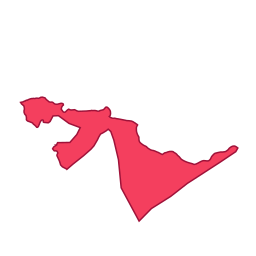 outline of Derniere Riviere, Dennery, Saint Lucia, rotated 145°
{"feature_id": "8701671B84632828581630", "entity_name": "Derniere Riviere", "entity_type": "district", "adm_level": 2, "iso_a3": "LCA", "parent_name": "Saint Lucia", "parent_adm1": "Dennery", "projection": "albers", "projection_center": [-60.925, 13.955], "detail": "fine", "context": "isolated", "style": "filled", "palette": "rose", "viewbox_px": 256, "rotation_deg": 145, "n_neighbors": 0, "source": "geoboundaries", "source_scale": "gbopen_adm2", "svg_char_len": 5229}
<svg xmlns="http://www.w3.org/2000/svg" viewBox="0 0 256 256"><g transform="rotate(145 128 128)"><path d="M49.5,48.6L50.0,50.2L50.6,51.5L51.3,52.3L52.5,53.0L53.2,53.2L54.3,53.4L55.4,53.4L56.8,53.3L58.3,52.8L59.7,52.7L60.6,52.7L61.1,52.7L62.0,52.9L64.2,54.0L65.9,55.2L67.7,56.0L69.4,56.7L70.2,56.9L70.9,57.3L71.5,57.4L72.4,57.4L73.5,57.2L74.9,56.9L76.1,56.5L77.5,55.7L78.7,55.1L79.3,55.0L80.5,54.9L81.0,55.0L81.4,55.3L82.1,55.6L82.7,56.2L83.4,56.8L84.6,57.8L85.4,58.2L86.7,58.6L87.9,58.8L90.7,59.1L93.0,59.5L94.3,60.0L95.0,60.5L95.4,61.3L96.4,62.6L97.6,64.0L99.3,66.2L100.6,68.3L101.5,70.0L102.3,71.9L102.3,72.4L102.4,73.1L102.5,74.8L102.8,76.2L103.1,77.0L103.1,77.6L103.2,78.8L103.5,79.8L104.0,81.0L104.6,82.3L104.6,82.7L104.8,82.9L105.3,83.5L106.6,84.4L107.5,85.0L108.5,85.3L109.2,85.6L110.6,85.9L111.7,86.4L112.2,86.6L114.9,86.6L115.2,86.7L115.4,87.1L115.6,87.5L116.4,89.0L117.2,90.6L118.1,91.9L119.1,93.6L120.3,95.2L120.9,95.7L122.0,97.1L122.7,98.7L123.4,100.5L123.6,102.1L124.1,103.2L124.6,103.9L125.3,105.4L125.6,106.2L126.1,107.7L126.4,108.9L126.5,109.8L126.2,111.2L125.4,112.7L124.5,114.0L124.3,114.4L124.2,115.3L124.1,116.6L123.7,118.3L123.3,119.6L122.8,120.7L122.1,121.8L121.0,123.4L120.2,124.1L118.7,124.9L118.4,125.0L118.6,126.0L119.0,126.9L119.4,128.2L119.8,129.0L120.3,130.3L121.2,131.7L122.5,132.9L123.4,133.7L124.3,134.4L125.0,135.0L125.6,135.7L127.6,137.8L130.9,141.2L131.6,141.8L132.0,142.2L132.5,142.8L133.3,143.7L134.2,144.2L135.3,145.1L136.2,146.5L136.6,147.5L136.7,148.2L136.3,148.2L135.1,148.7L134.1,149.7L133.1,151.3L132.8,152.0L132.6,152.9L132.6,154.4L132.7,155.6L132.9,156.1L133.1,156.7L133.1,156.9L133.3,157.2L133.5,157.4L134.0,157.7L134.4,157.8L134.9,157.7L136.7,157.2L138.1,157.2L138.2,157.3L139.5,157.8L140.8,158.3L142.0,158.4L142.3,158.6L143.1,159.1L143.4,159.5L144.5,160.8L145.6,161.7L146.9,162.5L147.9,163.4L148.4,163.5L150.1,164.5L152.4,165.8L153.9,166.8L156.1,168.2L157.6,169.2L159.0,170.1L159.7,170.9L160.0,171.4L160.1,171.5L160.4,172.1L161.2,173.6L162.1,174.1L163.5,174.9L164.3,175.4L165.1,176.2L165.2,176.5L165.5,177.0L165.7,177.3L166.0,177.5L166.3,177.5L167.1,177.5L168.0,177.4L169.2,177.2L169.8,177.1L170.3,177.1L170.8,177.3L171.2,177.5L171.5,177.8L171.7,178.1L171.8,178.4L171.8,178.8L171.9,179.2L171.8,179.9L171.8,180.5L172.0,180.9L172.0,181.4L171.9,181.6L171.3,182.3L171.0,182.5L170.7,182.8L170.0,183.3L169.9,183.4L169.5,183.5L168.8,183.8L168.1,183.8L167.7,183.9L167.6,184.1L167.4,184.6L167.3,184.9L167.4,185.3L168.0,186.1L168.6,186.6L169.5,187.0L170.4,187.3L171.5,187.7L171.9,187.8L172.3,188.1L173.0,188.5L173.6,189.0L173.9,189.3L174.3,190.0L174.6,190.7L174.6,191.1L174.7,191.4L174.9,192.1L175.1,192.4L175.3,192.7L175.6,193.0L176.0,193.2L176.4,193.4L176.8,193.7L177.2,194.2L177.7,194.8L177.8,195.2L177.9,195.6L178.0,196.1L178.1,196.4L178.1,196.7L178.5,197.6L178.6,198.0L178.6,198.3L178.6,198.6L178.7,199.3L178.7,200.3L179.0,200.7L179.4,201.1L179.7,201.5L180.0,201.9L180.2,202.2L180.5,202.4L181.0,202.7L181.8,203.2L182.1,203.2L183.1,203.3L183.5,203.4L183.9,203.5L184.1,203.5L184.5,203.8L184.9,204.2L185.6,204.8L185.8,204.9L186.2,205.2L186.6,205.3L186.9,205.4L187.3,205.5L187.6,205.7L188.0,206.1L188.6,206.6L189.3,206.9L189.5,207.0L190.0,207.4L190.6,207.6L191.3,207.9L192.5,208.2L193.3,208.4L193.8,208.5L194.1,208.5L194.6,208.5L194.8,208.6L195.1,208.9L195.2,209.0L195.4,209.1L196.2,209.1L196.8,209.1L197.2,209.4L197.6,209.4L197.7,209.5L198.2,209.5L198.8,209.6L199.2,209.7L199.5,209.8L200.0,210.0L200.3,210.2L201.3,210.6L201.3,209.8L201.3,209.3L201.4,209.0L201.3,208.5L201.0,207.5L201.0,207.1L200.8,206.6L200.7,206.4L200.7,206.1L200.7,205.6L200.8,205.5L200.9,205.1L201.1,204.6L201.4,204.1L201.6,203.6L202.0,202.9L202.2,202.7L202.7,202.3L203.1,202.0L203.2,201.8L203.4,201.5L203.6,201.3L203.8,201.0L204.1,200.6L204.3,199.8L204.6,199.0L204.6,198.5L204.6,198.0L204.6,197.9L204.4,197.3L204.4,196.9L204.5,196.5L204.6,196.1L204.8,195.8L205.1,195.2L205.2,194.8L205.5,194.4L205.7,194.1L206.3,193.4L206.3,193.2L206.5,192.8L206.5,192.4L206.4,192.0L206.4,191.9L206.3,191.6L206.1,191.1L205.9,190.7L205.5,190.3L205.3,190.0L204.7,189.1L203.6,187.4L203.3,186.8L203.3,185.7L203.1,184.8L202.9,184.5L202.8,184.0L202.5,182.4L202.4,181.7L202.4,181.1L202.3,180.9L201.8,180.5L201.2,180.5L200.5,180.7L200.3,180.8L199.8,181.1L199.1,181.6L198.5,181.9L197.9,182.4L197.4,182.7L197.1,182.9L196.2,183.4L194.9,183.9L194.7,184.0L193.8,183.8L193.4,183.6L193.2,183.3L193.0,182.9L193.1,182.6L193.4,182.3L193.9,181.7L193.9,181.4L193.8,181.0L193.7,180.9L193.3,180.5L192.1,179.5L190.5,178.1L190.0,177.9L189.6,177.9L188.4,178.2L188.1,178.0L182.5,180.9L177.9,178.0L173.7,165.6L166.9,155.7L173.7,152.0L183.9,149.5L194.1,156.4L194.5,156.1L196.4,155.2L196.6,155.3L196.5,155.1L199.6,155.1L200.7,154.7L201.7,154.2L201.6,152.2L201.5,151.6L200.1,150.6L199.5,149.6L199.5,149.2L199.6,148.8L199.8,147.8L201.5,146.8L201.9,146.3L202.1,146.0L202.2,145.2L202.9,141.4L203.1,140.4L204.0,137.5L204.4,136.5L204.0,133.8L201.8,129.6L201.8,129.2L193.7,130.0L180.3,130.8L170.5,131.9L166.2,132.9L159.7,135.9L157.3,137.3L154.0,138.8L151.0,138.4L147.3,138.2L144.9,138.4L144.1,135.0L146.5,126.3L154.0,107.5L167.9,82.9L172.3,45.4L155.0,48.6L132.1,47.5L111.2,48.6L72.8,47.2L53.3,46.8L49.5,48.6Z" fill="#f43f5e" stroke="#9f1239" stroke-width="1.5"/></g></svg>